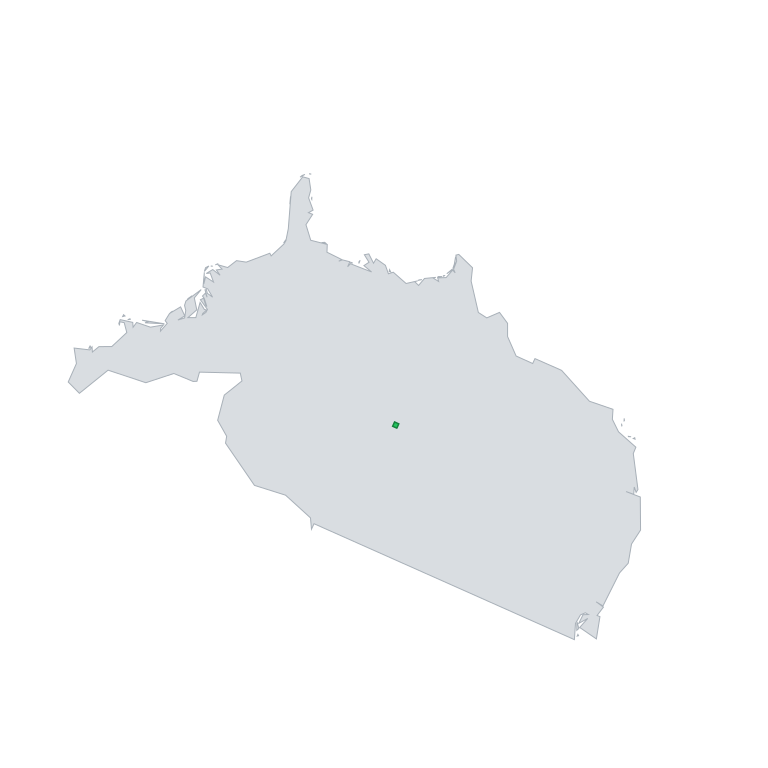 Adams, Nebraska, United States of America shown in context, rotated 204°
{"feature_id": "52423323B10491210424297", "entity_name": "Adams", "entity_type": "district", "adm_level": 2, "iso_a3": "USA", "parent_name": "United States of America", "parent_adm1": "Nebraska", "projection": "mercator", "projection_center": [-98.47, 40.525], "detail": "fine", "context": "in_parent", "style": "filled", "palette": "green", "viewbox_px": 768, "rotation_deg": 204, "n_neighbors": 0, "source": "geoboundaries", "source_scale": "gbopen_adm2", "svg_char_len": 3937}
<svg xmlns="http://www.w3.org/2000/svg" viewBox="0 0 768 768"><g transform="rotate(204 384 384)"><path d="M602.1,288.3L641.7,284.4L658.5,251.6L673.3,257.4L673.3,277.6L681.7,290.8L666.6,295.5L665.8,299.1L663.4,294.6L659.6,302.2L647.9,307.5L639.9,326.4L646.3,334.4L650.6,333.4L649.5,329.9L650.9,331.5L651.2,335.5L638.6,338.1L636.3,333.8L635.0,339.6L620.5,340.9L609.5,348.2L610.7,344.0L609.7,341.4L606.7,351.2L609.7,352.9L608.6,361.2L601.2,371.7L593.7,365.2L598.3,358.6L593.0,363.2L595.0,370.5L598.2,374.7L598.7,379.3L589.4,395.9L592.3,385.5L585.2,375.6L590.1,364.9L582.9,368.1L585.2,383.7L578.4,379.0L576.0,379.5L578.3,374.7L578.1,373.2L575.8,377.0L575.6,380.3L586.0,386.3L583.7,389.0L579.1,383.6L577.3,382.7L583.1,389.2L585.6,390.5L584.1,394.4L580.9,391.3L585.8,397.2L584.6,398.0L582.3,395.0L575.9,393.6L583.7,399.2L588.8,399.0L593.6,413.0L589.3,402.3L590.6,409.3L581.2,407.8L587.9,414.7L591.3,412.7L587.0,418.9L578.0,416.7L583.5,420.0L578.7,423.1L584.2,425.4L574.2,426.8L568.9,436.7L559.4,439.3L541.5,457.0L539.2,455.1L532.4,471.1L531.9,475.0L534.6,487.0L547.0,522.0L542.5,540.2L536.0,541.2L529.8,531.5L528.6,523.4L519.5,514.0L522.7,509.8L518.2,510.0L520.1,497.8L509.4,485.5L492.6,488.4L489.7,481.2L473.2,480.5L475.3,477.8L472.4,480.5L464.9,481.8L464.9,476.3L463.6,480.2L440.9,481.3L450.5,484.0L447.2,489.1L454.5,494.1L450.8,496.7L442.7,490.1L442.1,495.2L431.0,493.0L424.8,486.5L421.0,489.9L404.7,484.8L395.2,491.9L397.6,490.0L392.5,488.1L389.9,496.9L380.0,502.5L382.3,500.8L375.8,499.9L378.1,502.8L370.5,506.5L367.6,516.0L364.2,514.5L367.1,517.1L367.6,525.8L370.7,531.0L368.4,532.8L350.4,526.2L346.3,513.5L326.9,487.7L317.0,486.2L307.6,496.4L295.8,489.7L290.4,477.6L274.7,463.3L256.5,463.2L256.4,468.6L227.3,468.7L189.3,451.8L164.5,454.0L161.0,444.6L150.3,435.7L128.2,428.7L128.0,421.9L109.1,390.9L109.6,387.5L113.5,391.7L111.0,384.8L119.1,384.2L103.9,385.0L90.2,354.9L92.8,338.5L88.0,319.6L92.0,307.2L93.7,270.3L101.6,271.3L92.8,269.4L95.2,259.2L92.1,259.3L86.3,237.5L106.2,241.2L102.5,252.7L108.7,244.6L108.3,254.2L103.6,256.5L107.0,256.9L110.6,253.0L111.7,243.2L106.1,227.9L391.1,227.9L391.2,221.9L396.7,231.8L428.7,242.4L461.1,238.7L504.7,265.5L506.5,272.3L521.2,283.2L525.4,308.9L515.0,329.0L519.7,335.5L557.4,319.8L556.0,310.4L559.4,308.7L580.3,308.1L602.1,288.3ZM624.8,345.0L631.0,343.9L609.1,349.7L627.2,342.7L624.8,345.0ZM107.7,237.4L110.4,243.6L110.3,244.5L106.6,239.9L107.7,237.4ZM370.4,529.5L368.0,521.9L368.1,517.5L368.5,522.1L370.4,529.5ZM668.2,296.2L668.0,299.2L667.0,298.5L668.2,296.2ZM425.0,488.9L425.4,490.7L423.6,489.2L425.0,488.9ZM136.8,436.3L139.3,435.3L139.5,435.6L136.8,436.3ZM134.1,435.6L133.1,436.9L132.2,435.7L134.1,435.6ZM644.3,338.5L642.6,340.3L642.1,339.8L644.3,338.5ZM369.5,513.5L368.2,517.0L371.5,510.3L369.5,513.5ZM543.4,510.6L545.7,517.4L543.0,509.9L543.4,510.6ZM149.8,442.4L150.9,444.4L149.6,442.6L149.8,442.4ZM543.6,541.2L541.5,543.3L544.8,538.8L543.6,541.2ZM594.3,417.7L592.0,420.6L593.9,413.7L594.3,417.7ZM105.0,232.3L105.0,234.1L103.9,233.2L105.0,232.3ZM378.2,504.2L374.6,505.8L378.3,503.7L378.2,504.2ZM650.2,339.3L650.1,341.4L648.3,340.8L650.2,339.3ZM149.7,447.9L150.6,450.3L149.4,448.2L149.7,447.9ZM373.8,507.1L372.3,508.0L373.6,506.6L373.8,507.1ZM597.7,382.5L595.2,386.6L598.1,381.0L597.7,382.5ZM394.1,493.5L391.8,494.8L395.2,492.4L394.1,493.5ZM532.9,473.0L532.4,475.9L532.2,473.8L532.9,473.0ZM585.1,425.9L584.3,426.5L586.6,424.2L585.1,425.9ZM498.6,487.8L495.8,489.3L494.7,489.0L498.6,487.8ZM463.8,481.3L463.3,481.8L461.7,481.7L463.8,481.3ZM525.6,523.7L526.0,525.7L525.1,523.3L525.6,523.7ZM456.6,485.4L456.1,487.3L456.0,483.9L456.6,485.4ZM537.3,545.9L535.8,546.1L537.9,545.5L537.3,545.9ZM608.0,362.6L606.8,364.7L608.3,361.7L608.0,362.6ZM590.2,421.2L589.1,421.9L588.9,421.8L590.2,421.2Z" fill="#d9dde1" stroke="#a8b0b8" stroke-width="1"/><path d="M358.9,348.9L354.4,348.9L354.3,349.0L354.3,353.6L358.9,353.6L358.9,348.9L358.9,348.9Z" fill="#22c55e" stroke="#15803d" stroke-width="1.5"/></g></svg>